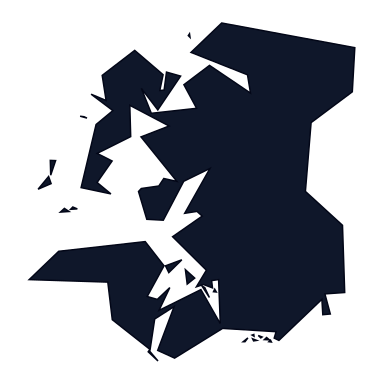 the district of Belmullet-Lea-3, Mayo, Ireland
{"feature_id": "5873133B47562740874876", "entity_name": "Belmullet-Lea-3", "entity_type": "district", "adm_level": 2, "iso_a3": "IRL", "parent_name": "Ireland", "parent_adm1": "Mayo", "projection": "albers", "projection_center": [-9.902, 54.113], "detail": "medium", "context": "isolated", "style": "filled", "palette": "ink", "viewbox_px": 384, "rotation_deg": 0, "n_neighbors": 0, "source": "geoboundaries", "source_scale": "gbopen_adm2", "svg_char_len": 1889}
<svg xmlns="http://www.w3.org/2000/svg" viewBox="0 0 384 384"><path d="M344.7,292.5L342.5,225.3L305.4,191.4L311.1,122.6L352.3,91.8L354.8,47.7L221.7,23.0L191.0,52.4L247.5,74.8L250.5,93.1L209.5,65.4L183.9,84.7L196.6,108.3L151.3,113.3L141.3,88.3L157.8,109.9L180.6,76.1L166.5,72.1L164.1,90.1L159.8,90.5L163.1,74.7L134.7,50.4L102.2,75.4L106.1,100.5L91.1,94.2L112.9,110.6L96.1,124.5L81.1,187.6L110.9,193.9L97.1,182.5L112.1,161.0L97.1,153.4L130.7,136.6L129.8,105.3L169.1,126.0L141.0,136.9L176.9,181.4L163.8,178.5L158.8,186.0L141.3,188.5L138.5,191.5L146.8,219.3L163.3,220.2L183.7,181.3L210.0,168.4L184.7,213.3L197.0,211.4L202.2,216.1L172.6,236.7L206.4,270.2L196.4,286.8L203.5,284.5L212.5,287.9L211.6,280.6L218.6,279.6L220.3,323.7L200.9,289.6L159.0,310.4L169.8,287.6L157.3,299.4L147.2,296.5L164.0,265.8L145.2,241.6L58.7,251.3L29.2,279.6L107.8,282.1L112.3,319.7L150.1,349.5L154.7,319.0L174.1,306.6L157.7,350.4L174.6,358.1L222.6,328.4L276.1,331.7L274.2,338.1L278.9,340.4L321.9,299.3L322.8,314.7L330.3,314.0L324.9,293.9L344.7,292.5ZM168.8,272.6L181.8,259.8L165.5,265.8L168.8,272.6ZM194.7,278.1L185.4,269.7L187.2,284.1L194.7,278.1ZM50.7,175.2L55.6,160.6L50.3,160.4L50.7,175.2ZM51.1,183.6L48.6,176.5L38.1,189.2L51.1,183.6ZM158.0,361.0L149.1,350.5L148.2,351.8L158.0,361.0ZM204.7,287.5L209.4,297.5L202.1,286.2L204.7,287.5ZM69.0,211.5L64.4,208.4L60.4,212.1L69.0,211.5ZM245.0,341.7L247.9,337.9L243.2,341.7L245.0,341.7ZM84.0,116.7L80.1,116.2L87.0,118.1L84.0,116.7ZM77.3,208.9L72.8,207.0L70.6,209.3L77.3,208.9ZM266.6,337.5L264.4,339.6L269.3,339.8L266.6,337.5ZM254.0,336.2L253.8,334.5L252.1,335.1L254.0,336.2ZM258.3,335.5L260.8,337.9L262.1,337.0L258.3,335.5ZM253.6,340.9L256.7,340.4L252.6,338.8L253.6,340.9ZM190.0,37.3L189.5,33.8L188.3,35.6L190.0,37.3ZM271.4,342.0L270.5,340.2L268.9,341.7L271.4,342.0ZM216.3,292.0L214.7,289.2L213.5,291.7L216.3,292.0Z" fill="#0f172a" stroke="#020617" stroke-width="1.5"/></svg>